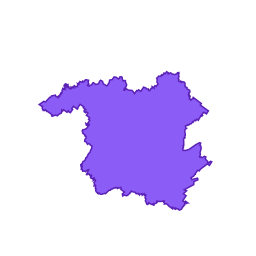 outline of Cowra, New South Wales, Australia, rotated 206°
{"feature_id": "25037944B9471741195126", "entity_name": "Cowra", "entity_type": "district", "adm_level": 2, "iso_a3": "AUS", "parent_name": "Australia", "parent_adm1": "New South Wales", "projection": "equal_earth", "projection_center": [148.827, -33.811], "detail": "fine", "context": "isolated", "style": "filled", "palette": "violet", "viewbox_px": 256, "rotation_deg": 206, "n_neighbors": 0, "source": "geoboundaries", "source_scale": "gbopen_adm2", "svg_char_len": 5815}
<svg xmlns="http://www.w3.org/2000/svg" viewBox="0 0 256 256"><g transform="rotate(206 128 128)"><path d="M218.1,110.2L215.0,109.7L214.3,110.0L213.8,108.1L211.9,106.6L211.4,107.6L210.5,107.2L210.0,108.2L208.4,107.3L208.2,107.7L201.9,106.6L202.0,105.5L201.3,105.3L198.8,107.8L196.9,108.0L196.0,110.2L194.5,112.1L194.6,114.2L195.2,114.3L195.5,115.1L194.1,114.8L193.9,116.2L189.7,115.4L189.2,117.3L187.9,116.5L186.5,116.5L185.9,120.4L187.0,120.7L186.5,123.6L181.9,122.7L181.7,123.7L182.1,123.8L181.4,128.3L177.0,127.6L177.1,126.6L174.1,126.0L175.1,124.7L174.6,123.5L172.9,123.1L172.7,124.3L170.6,123.9L171.0,121.2L167.0,120.4L167.3,118.5L165.7,118.2L166.3,114.6L164.3,114.2L164.5,113.0L167.8,113.6L166.8,112.3L164.6,112.5L165.0,109.4L166.7,107.3L167.8,106.7L167.9,105.2L166.3,104.0L166.4,103.5L163.2,102.7L163.3,102.0L162.0,101.9L161.3,100.8L161.7,98.8L161.1,97.0L159.7,97.2L157.2,95.6L156.6,96.6L155.7,96.9L154.8,96.3L152.4,95.8L151.6,93.3L151.9,92.1L151.5,89.4L152.2,87.8L152.3,83.0L152.9,82.6L152.5,81.1L152.8,79.2L153.8,78.1L153.4,75.1L154.0,75.2L154.4,74.4L153.5,73.0L153.0,73.6L152.2,73.3L152.4,71.7L152.0,71.7L151.8,70.3L150.9,70.7L149.8,69.3L148.1,70.3L147.0,70.1L146.5,71.8L145.1,73.2L144.9,68.0L144.3,68.1L143.1,69.6L141.1,68.6L140.6,69.6L140.0,69.4L139.8,68.6L140.1,67.3L139.6,66.8L137.3,66.7L137.2,67.6L136.4,68.2L135.8,67.1L136.0,65.9L135.0,67.0L134.0,66.4L134.2,65.2L134.8,64.3L133.5,62.7L133.1,61.2L132.3,62.2L131.9,62.1L130.8,59.3L129.9,59.2L130.0,58.2L129.0,57.0L127.8,56.4L126.8,56.7L126.5,55.9L125.4,56.0L124.9,56.9L123.9,56.4L122.7,56.8L120.5,58.9L119.4,59.1L117.9,63.4L116.6,64.3L116.2,65.8L115.2,66.4L114.4,68.1L113.4,68.2L112.6,69.4L111.0,69.0L110.8,70.1L109.8,69.9L108.8,71.3L107.8,71.1L107.6,69.8L106.8,69.5L103.1,68.9L104.2,66.2L102.9,64.6L102.1,66.1L99.9,66.4L98.7,67.3L98.7,68.3L97.6,70.0L97.9,70.9L97.4,71.5L97.4,72.8L96.3,72.6L93.5,73.3L91.8,72.5L90.2,73.7L89.7,73.1L88.8,73.6L88.3,72.9L88.0,73.9L86.8,75.0L85.8,73.8L84.9,75.7L84.7,75.3L83.9,75.6L83.7,74.8L82.7,75.5L82.3,74.7L82.5,74.2L82.1,72.7L80.8,72.1L80.5,70.2L77.5,67.7L76.8,67.9L76.7,70.0L76.0,69.8L76.0,69.3L75.6,69.7L73.2,69.7L72.5,70.7L72.3,70.0L71.7,69.9L71.6,70.5L71.4,69.9L70.9,70.0L70.9,71.6L69.4,73.2L70.0,75.0L69.6,75.1L69.3,74.2L69.0,75.0L64.8,77.2L63.8,78.3L63.4,78.2L63.2,76.8L61.8,76.5L61.9,75.7L60.5,76.6L58.7,76.6L57.7,75.8L52.5,74.9L53.0,76.3L49.8,75.7L49.5,76.5L50.0,76.5L50.0,77.0L49.1,76.6L47.4,77.3L46.7,76.8L45.6,76.9L44.3,78.7L44.3,80.8L43.7,81.9L44.0,82.8L43.4,83.5L43.8,84.8L43.4,84.7L43.0,85.9L42.5,85.8L42.5,86.3L41.4,86.9L44.4,87.4L44.5,86.4L46.7,86.3L46.9,86.7L46.1,92.6L49.4,93.2L47.8,97.3L50.4,97.2L44.1,105.9L45.3,108.8L42.5,111.9L43.0,113.0L43.7,113.3L48.0,109.6L49.6,111.0L47.9,113.4L47.7,115.5L47.2,115.8L47.5,117.0L46.8,120.6L45.1,120.7L44.9,122.7L40.9,130.5L38.4,130.1L37.9,134.3L39.1,134.3L40.5,131.7L41.1,131.8L41.6,132.8L45.0,134.1L45.3,136.1L47.0,136.0L48.2,134.0L49.7,134.0L50.2,133.2L51.0,133.4L51.4,136.2L52.5,137.4L53.2,141.5L54.6,143.7L55.7,143.8L56.1,146.3L57.2,146.2L59.6,143.0L63.9,135.3L66.5,133.0L68.8,132.0L69.8,133.8L70.0,134.4L69.6,134.6L70.3,136.4L70.8,136.5L70.4,137.2L73.1,142.3L73.2,143.4L72.6,143.7L72.5,144.4L73.5,145.2L73.3,146.6L75.8,150.5L76.0,151.7L75.3,153.3L75.8,153.2L77.2,154.8L76.7,155.7L75.9,156.2L75.8,157.1L74.7,157.2L74.2,158.6L73.0,159.6L72.6,161.9L72.0,161.8L71.7,163.7L71.4,164.4L70.3,164.2L69.9,166.2L68.2,165.7L67.8,171.1L66.8,171.0L66.5,172.1L67.4,172.3L67.0,175.0L66.4,175.0L66.2,175.4L63.7,175.0L63.2,178.6L73.1,180.3L72.8,182.1L82.8,184.1L82.7,183.3L82.2,183.0L83.1,182.3L83.7,180.6L84.5,181.3L85.4,180.9L85.8,181.5L86.1,183.9L87.1,184.0L87.3,183.4L88.5,184.8L87.9,185.3L88.8,186.5L88.1,187.4L89.0,188.9L92.2,189.1L92.7,190.2L94.8,190.2L96.6,193.5L97.9,193.9L99.2,193.4L99.6,192.7L100.1,193.2L100.9,192.5L101.4,193.2L102.2,192.3L103.1,192.3L103.5,194.0L104.6,194.5L104.7,196.6L106.0,198.1L106.0,199.2L106.5,199.5L106.6,200.1L107.8,199.4L107.6,198.4L109.7,196.3L112.6,195.9L113.9,196.3L115.6,194.3L116.2,195.4L118.0,195.5L118.3,193.3L119.6,193.2L119.3,192.6L119.7,192.6L120.1,190.3L121.2,190.5L121.3,188.7L123.3,188.0L123.4,186.6L124.1,185.3L123.0,184.3L122.0,181.8L120.4,180.9L120.9,177.7L122.3,177.9L122.6,175.9L122.2,175.4L124.5,175.8L123.8,174.3L124.6,173.7L124.9,171.1L125.6,170.8L126.9,172.0L128.3,171.2L129.3,171.8L131.9,171.6L132.6,166.5L135.2,167.0L135.8,165.3L136.6,165.4L137.2,161.8L140.7,163.6L144.3,162.2L146.8,162.5L147.4,161.6L147.5,160.5L148.2,160.2L148.6,161.9L147.8,164.1L148.2,166.4L150.0,167.7L151.0,169.3L151.6,169.4L153.0,168.2L154.9,169.8L155.4,170.9L156.7,171.1L157.8,170.2L157.6,168.7L158.1,167.9L160.9,168.4L162.9,167.8L163.4,164.6L165.5,163.0L164.9,161.0L165.1,157.3L165.5,156.6L169.6,156.9L171.4,158.8L173.5,158.9L174.0,157.8L173.9,154.9L176.0,153.0L179.0,153.6L179.5,152.9L179.5,151.1L181.3,148.8L182.2,148.4L183.2,148.7L182.4,150.3L183.9,151.7L184.3,153.6L187.0,153.0L187.5,152.4L187.7,150.5L189.3,150.3L188.9,149.1L191.6,148.7L191.5,147.6L191.9,147.4L191.4,146.2L192.7,145.9L191.6,145.3L192.3,144.3L191.6,143.0L193.1,142.0L194.7,142.6L195.2,141.6L194.9,141.1L195.7,140.5L194.8,140.3L195.9,139.9L195.7,139.1L196.2,139.7L196.3,138.8L196.9,139.1L196.5,138.3L196.7,138.0L197.8,137.8L197.7,138.2L198.7,138.3L199.2,139.1L199.7,138.8L200.7,140.1L200.8,138.3L201.6,139.1L201.4,139.7L202.0,139.3L201.7,140.3L202.8,140.4L202.4,139.4L203.7,139.9L204.1,138.3L203.7,137.6L203.1,138.1L202.1,137.4L202.5,137.1L202.3,136.4L201.5,135.6L202.7,135.7L202.6,135.0L204.0,135.0L203.9,134.6L203.0,134.4L203.6,134.1L203.8,133.0L202.8,131.0L203.3,130.7L203.0,130.1L203.7,129.9L203.7,129.0L203.2,128.6L203.8,128.1L203.4,126.8L204.3,126.4L203.8,125.9L204.5,125.2L204.3,124.6L205.6,125.0L206.6,124.7L207.7,125.7L210.8,123.3L211.0,121.8L211.8,121.2L213.6,115.2L215.3,115.1L218.1,110.2Z" fill="#8b5cf6" stroke="#5b21b6" stroke-width="1.5"/></g></svg>